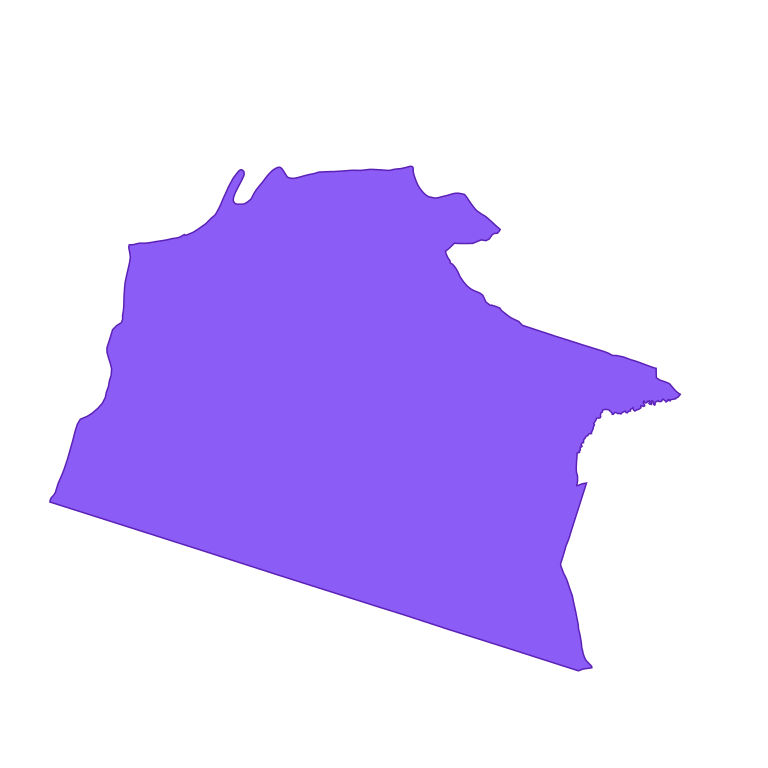 the district of Varin, Siemréab, Cambodia, rotated 198°
{"feature_id": "14789045B34127084332177", "entity_name": "Varin", "entity_type": "district", "adm_level": 2, "iso_a3": "KHM", "parent_name": "Cambodia", "parent_adm1": "Siemréab", "projection": "robinson", "projection_center": [103.87, 13.824], "detail": "fine", "context": "isolated", "style": "filled", "palette": "violet", "viewbox_px": 768, "rotation_deg": 198, "n_neighbors": 0, "source": "geoboundaries", "source_scale": "gbopen_adm2", "svg_char_len": 6167}
<svg xmlns="http://www.w3.org/2000/svg" viewBox="0 0 768 768"><g transform="rotate(198 384 384)"><path d="M321.3,566.9L322.5,567.5L325.0,568.5L327.5,569.6L330.9,571.2L332.7,572.0L335.0,573.0L336.5,573.7L339.3,574.8L341.2,575.2L343.6,575.7L346.4,576.6L348.5,577.2L350.7,578.2L352.9,579.6L355.8,581.6L358.3,583.5L363.4,587.5L365.9,589.1L368.6,589.0L371.9,588.5L375.0,587.5L378.0,585.8L381.8,583.1L384.8,581.3L387.8,579.4L389.9,578.0L392.8,576.6L395.7,576.3L399.5,575.9L402.6,576.7L405.7,578.1L408.2,579.7L410.8,581.5L413.8,584.2L416.3,587.1L417.7,588.9L419.8,591.7L421.8,594.9L422.8,597.9L423.2,598.7L424.3,599.5L426.0,599.3L427.6,598.4L430.5,596.4L434.5,594.1L438.0,592.6L441.5,590.9L444.4,589.0L447.3,588.1L451.9,587.0L455.3,586.1L459.6,585.0L463.7,583.8L468.7,581.5L471.8,580.1L476.3,578.7L480.6,577.3L484.4,575.8L488.9,573.9L492.7,572.4L497.0,570.7L501.1,569.3L510.2,565.9L511.7,565.3L514.2,563.4L516.9,561.7L519.4,560.4L522.3,558.6L524.2,557.4L526.7,555.7L529.3,554.0L531.3,552.8L533.0,551.9L534.5,551.3L536.5,550.9L538.1,550.7L540.1,551.1L541.5,552.3L543.1,553.6L545.2,555.4L547.4,557.1L548.8,557.7L549.9,558.0L551.4,557.5L553.1,556.2L554.8,554.3L556.1,552.6L557.2,550.5L558.4,548.1L559.5,545.4L560.4,543.0L561.2,540.5L562.3,537.5L563.5,534.5L564.6,531.7L565.6,528.8L566.6,524.9L567.1,521.7L567.6,518.8L568.4,517.5L570.1,514.9L571.9,512.7L573.3,511.7L574.8,511.1L577.1,510.4L578.9,509.7L580.2,509.6L581.6,509.7L583.2,510.9L584.0,511.7L584.6,514.0L584.7,516.3L584.6,519.6L583.5,526.7L582.9,530.1L582.3,533.5L582.0,535.7L581.8,537.7L581.7,539.5L582.1,541.1L582.8,542.6L583.5,543.1L584.7,543.7L585.8,543.7L586.6,543.4L587.3,542.7L588.2,541.2L589.1,538.6L590.6,534.6L591.2,532.4L591.7,529.6L592.8,523.7L593.2,519.8L593.6,516.0L594.1,512.0L594.4,509.3L594.6,506.0L595.0,502.4L595.5,499.1L596.1,495.9L596.6,493.7L597.0,492.3L598.6,489.8L599.6,488.2L600.5,486.3L601.4,484.7L602.1,483.1L603.2,481.2L604.4,479.5L607.2,475.8L608.6,473.9L611.0,471.0L612.2,469.5L613.4,468.4L614.9,467.2L615.5,466.6L617.0,465.4L618.2,464.4L618.9,464.0L620.0,464.5L623.7,460.5L626.5,458.7L630.6,456.7L634.7,454.2L639.6,451.6L644.9,449.0L649.9,446.3L654.2,444.3L660.1,442.4L662.9,440.7L665.6,439.0L669.3,437.6L669.0,435.0L666.5,430.5L664.4,426.2L663.5,420.8L662.9,414.2L662.4,408.0L661.5,400.1L660.3,394.7L658.3,386.8L655.8,378.6L654.5,373.1L653.8,368.2L652.6,364.9L652.7,361.2L656.2,357.1L658.9,351.8L658.7,340.7L658.7,333.0L657.3,328.6L654.3,324.1L650.6,318.9L647.8,314.4L646.2,308.1L646.2,302.6L645.3,296.4L645.5,290.2L644.9,285.2L645.9,278.7L648.6,272.5L652.7,265.8L656.4,261.4L661.9,256.7L663.2,251.1L663.2,244.1L662.5,233.5L662.2,225.2L661.8,214.7L661.9,204.1L662.2,198.8L663.0,190.7L663.1,189.5L663.2,187.2L663.1,185.1L663.1,182.0L663.0,179.9L663.2,178.3L663.8,176.4L664.5,174.6L665.3,173.1L665.6,171.1L665.5,169.8L665.3,168.5L567.1,169.1L511.5,169.4L426.5,169.6L318.1,170.3L293.7,170.6L246.1,170.5L183.2,171.0L110.6,171.3L109.9,171.7L109.1,172.4L107.9,173.4L106.2,174.6L98.7,178.3L99.0,179.4L100.3,180.3L101.7,181.0L104.1,182.3L105.8,183.2L107.3,184.3L109.1,186.3L111.2,189.0L112.9,192.0L114.5,194.5L116.0,198.1L119.3,204.5L120.7,207.0L123.2,211.0L125.0,215.3L126.6,218.2L128.8,222.1L130.6,225.4L133.2,229.9L135.7,234.1L137.9,238.0L139.5,240.9L142.8,245.1L145.3,248.4L147.4,251.3L149.5,254.1L152.1,257.0L154.7,259.5L157.1,262.6L159.6,265.6L160.5,267.6L160.5,270.5L160.5,273.8L160.7,282.5L160.9,286.0L160.6,290.1L160.4,293.5L160.4,296.4L160.5,299.2L160.8,352.4L164.4,350.5L168.4,347.3L169.3,346.9L169.9,351.5L171.5,356.3L173.8,359.7L175.3,363.8L177.3,371.2L178.1,374.9L179.0,378.0L177.6,378.8L176.9,379.7L177.7,380.5L177.1,381.4L176.9,382.2L177.6,383.5L177.8,384.5L176.7,385.2L176.4,386.1L177.9,387.1L177.5,388.4L177.1,389.5L176.1,389.9L176.5,390.8L176.6,391.8L176.8,392.9L176.0,394.6L175.9,395.8L175.5,396.8L174.9,397.2L174.1,398.3L173.9,399.4L173.4,400.3L172.3,400.5L171.3,401.0L171.7,402.0L171.7,403.0L171.4,404.1L171.4,404.9L171.3,406.2L171.5,407.4L171.6,408.3L171.3,409.3L171.3,410.3L172.3,411.1L171.8,413.2L171.4,414.4L171.2,416.2L171.2,417.1L170.7,417.6L170.0,417.9L169.1,417.9L167.9,418.8L167.9,420.3L168.5,421.0L168.7,422.3L168.7,423.7L167.8,424.5L167.7,425.3L168.0,426.1L167.8,427.2L166.9,427.4L165.8,428.3L164.7,428.4L163.9,428.7L162.2,428.9L160.8,428.1L159.8,427.8L158.4,426.9L157.5,425.7L156.7,425.9L156.0,427.4L155.7,428.2L154.2,428.6L152.5,428.1L151.8,428.3L150.6,429.0L149.4,428.7L149.1,429.5L148.7,430.4L147.9,431.2L147.0,432.0L146.2,432.7L145.1,431.7L143.8,431.7L143.1,433.2L142.3,434.1L141.3,434.5L141.7,435.2L141.4,436.6L140.4,437.4L139.9,438.3L139.4,437.3L138.4,436.3L137.1,435.8L136.2,436.8L135.4,437.6L134.4,438.3L133.8,438.8L133.1,439.6L132.3,440.8L132.9,441.7L133.0,442.8L131.5,442.9L130.0,442.9L129.3,443.9L130.2,445.1L131.2,445.7L131.8,447.2L131.5,448.1L129.5,446.8L128.1,447.6L128.3,448.8L127.1,449.4L126.4,449.9L126.0,448.1L126.0,447.3L124.6,447.0L123.4,447.2L123.8,448.7L124.5,449.2L124.4,450.3L123.3,451.0L122.0,448.8L121.0,447.8L120.2,447.5L119.8,448.2L120.0,449.0L120.5,449.7L120.3,450.6L119.6,451.2L118.8,452.2L118.3,452.9L117.6,452.4L116.7,452.3L115.6,452.8L114.8,453.2L114.5,454.2L114.2,455.7L113.3,455.6L112.1,455.1L111.0,454.8L110.2,454.1L109.7,454.8L108.7,456.1L109.0,456.9L108.1,457.2L107.5,456.5L106.8,456.3L106.8,457.3L105.3,458.3L104.5,458.8L103.4,459.3L102.0,460.1L102.0,460.9L100.5,462.1L99.8,463.6L99.0,465.8L100.6,466.1L103.7,467.2L107.4,469.3L112.5,472.5L116.5,472.9L122.9,473.0L126.9,474.1L128.6,478.8L130.0,483.0L133.2,482.8L140.6,483.1L149.7,483.5L158.0,483.4L164.7,483.7L172.0,482.9L175.4,481.8L180.6,482.7L184.5,482.9L207.3,482.6L214.3,482.6L236.9,482.4L270.7,482.6L275.1,485.1L279.5,485.6L284.0,486.3L288.7,487.8L295.0,490.2L297.3,492.0L301.6,492.3L306.0,492.3L307.3,491.6L312.4,493.5L314.4,495.7L317.4,498.9L320.4,500.0L323.8,500.4L326.9,500.5L331.0,501.3L335.0,502.8L339.7,505.6L344.5,509.2L348.6,513.7L352.1,516.8L355.6,519.0L358.6,519.7L359.2,521.5L362.0,523.6L365.3,527.1L366.5,529.3L364.5,532.2L362.0,536.9L360.4,539.7L356.1,540.8L349.2,543.0L343.0,545.2L338.7,548.9L336.0,551.1L331.4,551.8L328.8,554.3L327.1,559.6L325.7,561.2L322.7,562.5L321.6,564.9L321.3,566.9Z" fill="#8b5cf6" stroke="#5b21b6" stroke-width="1.5"/></g></svg>